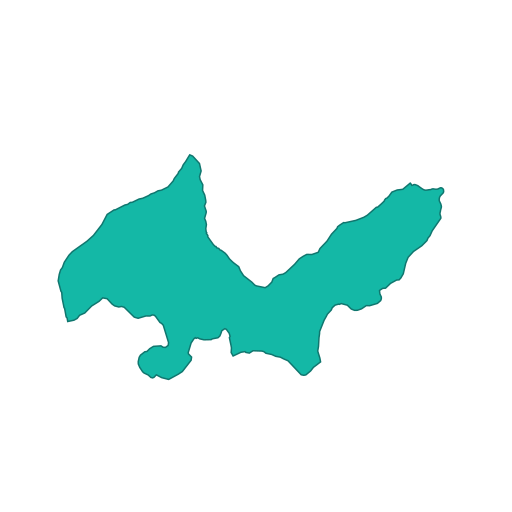 outline of Jocotán, Chiquimula, Guatemala, rotated 322°
{"feature_id": "79465075B84991525520377", "entity_name": "Jocotán", "entity_type": "district", "adm_level": 2, "iso_a3": "GTM", "parent_name": "Guatemala", "parent_adm1": "Chiquimula", "projection": "orthographic", "projection_center": [-89.353, 14.814], "detail": "fine", "context": "isolated", "style": "filled", "palette": "teal", "viewbox_px": 512, "rotation_deg": 322, "n_neighbors": 0, "source": "geoboundaries", "source_scale": "gbopen_adm2", "svg_char_len": 3997}
<svg xmlns="http://www.w3.org/2000/svg" viewBox="0 0 512 512"><g transform="rotate(322 256 256)"><path d="M266.1,135.5L264.9,135.9L258.6,138.3L254.9,139.3L251.4,141.2L246.5,142.2L245.7,143.0L239.4,144.6L236.9,145.9L229.1,147.4L222.0,145.9L218.9,144.3L214.9,143.7L211.3,142.4L208.7,142.3L202.4,140.8L198.9,139.1L191.5,137.5L189.9,136.4L186.6,136.3L184.1,135.1L173.4,133.0L172.6,132.3L164.3,131.6L154.0,136.3L140.6,139.7L132.0,140.3L113.9,139.5L109.2,140.2L101.1,142.9L96.3,145.9L93.4,146.7L89.7,149.3L84.8,153.8L80.6,163.7L80.5,165.1L77.2,170.0L72.9,178.6L73.0,179.3L68.9,187.1L69.0,188.5L68.0,190.4L67.3,191.7L73.0,194.5L76.6,195.1L80.5,194.1L86.0,195.5L95.7,194.2L104.4,195.1L109.4,194.6L112.4,198.0L113.0,205.3L113.9,208.3L116.5,211.7L119.0,213.0L120.6,215.3L122.4,229.1L123.1,230.2L124.8,232.5L132.4,235.5L135.5,238.0L138.0,238.6L139.3,239.9L139.7,241.7L139.4,249.3L140.1,251.0L140.3,253.5L133.8,270.4L131.7,272.4L128.4,272.3L126.6,270.7L125.8,268.3L119.6,264.1L115.2,263.6L111.3,264.1L109.4,263.0L103.9,263.0L101.6,263.9L98.2,266.7L96.8,268.6L95.8,272.3L95.4,277.4L95.7,279.2L97.8,283.4L98.4,287.0L99.5,288.4L100.9,288.8L104.3,288.3L106.8,293.8L111.2,299.5L122.1,301.3L126.8,301.7L140.7,298.2L143.0,296.0L142.5,291.6L143.1,290.4L151.3,284.6L156.1,283.0L157.9,283.0L158.1,284.0L159.7,284.5L160.7,286.7L163.4,290.0L169.2,294.3L170.6,294.4L175.7,297.0L178.2,296.8L180.7,295.4L183.1,293.8L186.7,294.1L187.5,295.6L187.3,300.4L186.1,303.4L184.8,303.9L181.2,311.2L180.1,313.3L177.0,316.8L176.4,320.7L184.9,322.6L188.5,324.6L188.6,325.7L191.0,328.4L195.3,328.8L202.2,334.6L203.4,336.4L203.9,338.7L207.7,343.2L209.8,347.2L212.9,350.7L214.4,354.0L216.7,358.2L218.5,377.4L220.2,379.4L222.1,380.4L228.3,380.2L232.7,379.1L241.7,379.2L243.5,375.7L246.1,368.9L249.6,365.7L255.3,359.2L258.3,356.3L259.6,354.7L270.2,348.5L274.1,346.9L276.4,345.8L282.1,344.9L284.2,343.7L288.1,343.4L291.5,344.8L291.9,345.4L293.9,346.0L297.7,351.0L298.4,356.4L300.2,359.5L301.0,360.1L302.5,361.2L306.6,362.6L312.4,363.0L314.9,365.1L322.5,368.1L326.8,367.9L328.4,366.9L329.5,365.5L330.3,362.1L332.0,359.3L332.6,359.2L335.9,359.5L338.3,361.1L345.2,360.4L352.0,361.5L354.1,362.9L356.6,362.5L361.1,360.7L369.5,353.9L375.0,350.7L382.9,349.4L393.0,350.0L400.2,349.1L402.4,347.8L405.6,347.1L410.4,344.6L424.8,340.1L425.5,339.3L425.8,338.7L426.1,338.0L426.5,336.8L427.0,335.9L427.9,335.0L428.5,334.6L429.8,333.4L431.7,332.0L432.4,331.4L433.1,330.1L433.7,328.6L434.0,327.1L434.4,325.4L435.1,324.3L436.1,323.3L436.9,322.7L437.7,322.3L438.4,322.1L439.8,321.9L440.5,321.8L441.3,321.7L442.1,321.6L443.0,321.2L443.7,320.6L444.1,319.9L444.6,319.1L444.7,318.3L444.6,317.6L444.3,316.7L443.5,315.9L442.3,315.5L441.1,315.3L440.4,315.1L439.8,314.8L439.1,314.3L438.5,313.8L437.9,313.2L437.1,312.3L436.1,311.6L434.7,311.3L433.9,310.8L433.3,310.4L431.5,309.4L430.2,308.6L429.4,307.7L428.7,306.4L428.2,305.0L427.7,303.3L427.3,302.0L426.9,300.4L426.6,299.8L426.2,299.1L425.4,297.8L424.7,297.1L424.0,296.8L423.4,296.8L422.3,296.4L422.4,295.4L422.5,294.2L422.4,293.5L412.7,293.8L407.9,290.9L402.4,289.3L397.6,290.7L394.7,291.0L393.5,290.6L391.7,291.1L390.8,291.7L386.8,292.1L381.8,292.4L380.8,291.7L368.9,292.4L364.9,291.9L356.6,289.4L346.6,284.6L345.6,283.6L340.9,283.2L338.3,283.2L336.8,284.1L328.9,285.3L321.1,288.0L311.0,289.5L307.3,291.4L300.9,289.2L297.0,286.0L293.1,285.3L288.4,284.9L281.4,286.3L269.4,287.4L266.2,287.0L262.5,285.0L257.5,284.6L255.7,284.3L252.4,286.3L247.0,287.0L243.7,286.6L237.9,279.8L237.1,278.2L236.6,273.9L234.1,263.9L234.6,258.1L235.8,253.8L234.1,247.4L233.8,245.8L233.3,242.0L233.6,237.5L233.4,234.8L232.1,230.1L231.4,229.3L231.3,227.1L230.1,225.4L230.3,223.9L229.7,223.3L229.4,220.7L229.8,211.2L230.7,210.1L230.7,207.8L231.5,207.4L231.6,206.3L233.3,203.5L236.2,200.8L237.8,197.7L238.6,194.7L243.4,191.2L244.3,190.1L246.2,184.8L249.6,182.8L250.7,181.1L253.1,176.4L254.2,171.5L257.9,167.2L259.0,161.4L260.4,158.6L265.1,155.2L268.4,148.3L267.6,138.3L266.1,135.5Z" fill="#14b8a6" stroke="#0f766e" stroke-width="1.5"/></g></svg>